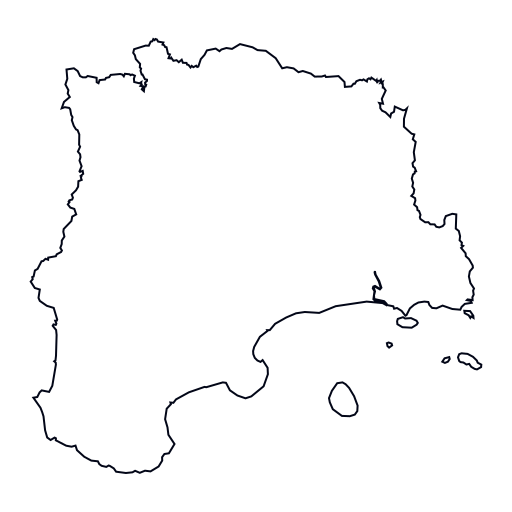 outline of South Santo, Sanma, Vanuatu
{"feature_id": "77236927B84597259035429", "entity_name": "South Santo", "entity_type": "district", "adm_level": 2, "iso_a3": "VUT", "parent_name": "Vanuatu", "parent_adm1": "Sanma", "projection": "natural_earth1", "projection_center": [166.9, -15.558], "detail": "fine", "context": "isolated", "style": "outline", "palette": "ink", "viewbox_px": 512, "rotation_deg": 0, "n_neighbors": 0, "source": "geoboundaries", "source_scale": "gbopen_adm2", "svg_char_len": 5869}
<svg xmlns="http://www.w3.org/2000/svg" viewBox="0 0 512 512"><path d="M456.3,214.4L452.3,213.8L445.8,216.1L444.3,220.0L444.5,224.0L442.7,226.1L439.3,227.4L436.3,226.8L434.6,224.4L430.3,224.3L428.4,222.2L425.2,222.3L420.4,219.0L419.8,217.1L420.5,214.9L419.0,210.9L417.5,210.2L417.1,207.2L414.1,204.6L415.4,200.5L415.1,198.2L411.3,195.9L413.6,193.4L414.3,189.5L412.3,186.5L413.1,182.8L411.8,178.6L413.0,174.4L414.6,173.4L414.8,171.6L416.1,171.3L414.7,167.7L413.1,166.6L412.5,163.2L414.9,160.3L413.8,152.2L415.7,141.9L412.8,139.3L414.3,134.4L411.6,133.7L403.9,126.7L404.0,118.7L406.9,108.4L405.3,109.9L403.0,110.3L394.8,106.6L394.0,111.8L391.1,113.5L390.3,117.0L385.5,112.3L382.1,110.7L380.3,108.2L380.2,104.8L379.2,103.0L383.0,103.7L381.8,98.9L385.7,90.5L383.5,87.4L382.8,87.5L382.8,84.1L382.0,83.7L382.8,81.6L380.6,82.6L381.3,81.1L380.9,79.6L379.9,80.8L377.6,80.8L377.3,83.2L376.7,80.0L376.1,80.9L371.4,77.6L370.5,79.3L369.0,78.3L367.4,79.3L366.9,81.5L363.5,79.4L362.1,80.3L360.0,79.8L356.4,81.2L354.8,83.8L353.5,83.7L351.4,86.4L344.9,86.9L344.5,82.0L338.5,76.1L325.9,77.0L325.0,75.5L321.8,76.5L314.7,76.6L310.9,73.6L302.8,71.0L298.5,72.2L293.6,68.4L286.9,67.2L282.2,68.3L275.7,58.2L265.8,50.8L257.5,50.1L252.6,47.3L240.0,44.1L232.0,48.9L226.4,48.0L221.4,49.5L219.5,51.2L215.7,48.6L206.9,50.4L204.5,54.9L200.8,59.1L198.3,66.6L197.2,67.0L196.2,65.7L193.3,67.2L191.7,65.9L190.5,67.5L188.5,64.9L187.1,64.6L186.5,62.9L182.9,62.8L181.7,59.7L178.8,62.2L176.6,60.2L173.4,60.8L171.2,57.6L170.6,58.5L168.5,58.2L169.9,54.4L168.0,53.8L166.5,47.2L165.1,47.0L164.2,45.2L162.5,44.6L163.4,42.5L158.1,41.6L156.9,39.5L155.5,39.0L154.6,40.1L153.3,39.1L152.3,41.3L150.7,41.6L148.8,45.7L145.6,45.6L134.1,49.2L133.2,52.8L134.9,55.3L135.8,59.1L140.1,63.9L139.8,67.4L141.1,68.6L140.5,70.7L141.7,74.5L142.5,74.5L144.9,79.2L147.0,79.7L147.0,80.9L145.1,82.6L145.2,84.2L146.2,84.7L145.6,86.5L144.4,86.8L143.9,91.2L141.8,89.3L143.4,86.3L140.5,85.9L141.7,84.3L141.0,83.7L141.3,82.1L139.4,83.3L134.2,82.0L133.9,78.6L134.9,75.7L132.1,74.5L130.5,75.2L129.7,74.3L124.9,73.8L123.8,76.3L122.4,74.6L120.2,74.0L110.7,74.9L109.2,77.2L106.0,77.9L105.1,79.5L99.6,80.1L98.5,83.2L96.7,82.2L96.6,77.8L87.7,76.0L85.9,77.3L82.7,77.3L80.1,76.1L77.7,71.1L73.9,68.3L66.5,69.5L67.3,78.8L65.4,84.5L68.4,90.1L67.7,93.6L69.8,97.0L64.0,101.9L61.7,108.3L64.8,107.2L69.1,107.9L70.2,109.3L71.2,114.9L72.5,117.1L71.8,120.2L73.8,125.9L76.0,129.4L77.6,130.2L79.3,134.5L79.1,144.7L80.1,146.7L77.9,151.6L80.1,154.3L80.5,157.2L79.5,160.6L81.6,166.2L79.5,171.3L80.0,171.9L82.7,170.9L83.2,173.8L80.7,175.9L81.4,176.4L80.9,177.7L81.7,179.9L78.4,181.2L78.1,186.7L76.0,190.3L71.7,194.5L72.9,197.7L72.2,199.5L69.4,200.3L68.7,201.5L69.5,202.1L67.8,204.4L70.3,207.6L74.3,208.9L76.2,214.4L72.2,216.6L71.4,221.0L63.7,229.0L63.3,231.8L64.4,236.6L61.8,240.5L61.7,244.1L60.3,247.9L61.9,250.5L61.1,252.0L56.7,254.3L55.9,256.2L48.2,257.6L48.1,259.7L45.5,258.8L43.2,261.0L41.5,261.3L37.6,268.9L34.9,270.5L33.6,276.5L32.2,277.1L32.7,279.2L30.7,281.6L34.8,288.0L39.8,289.5L38.5,297.9L39.8,300.9L46.8,305.8L53.7,307.9L57.2,319.6L56.8,320.6L55.2,320.7L56.4,323.6L55.8,324.9L53.5,324.4L52.7,325.8L56.1,330.0L56.6,335.0L56.0,355.8L55.5,360.3L54.2,361.3L55.7,362.6L55.9,364.6L52.3,385.8L49.1,391.9L41.7,390.4L39.6,392.4L37.3,397.0L33.4,397.7L40.5,407.8L42.2,412.2L43.5,416.3L45.1,430.3L47.2,437.5L50.6,440.0L54.6,437.6L55.9,438.3L55.8,440.3L66.2,445.7L71.6,446.7L75.5,445.6L77.0,450.2L84.3,456.8L91.3,460.6L97.9,461.3L99.3,464.1L101.6,465.8L106.3,466.9L108.7,465.5L110.0,466.0L113.8,468.4L116.1,471.7L125.9,473.0L132.5,472.3L135.1,470.8L139.8,472.8L145.0,470.7L150.5,471.4L158.6,466.5L162.2,460.6L162.1,457.2L164.4,454.0L168.9,453.3L174.5,444.0L168.4,434.8L167.5,427.4L165.1,419.2L166.7,408.7L170.9,404.2L170.4,402.5L173.4,402.8L176.0,399.4L188.9,392.3L204.5,386.9L206.3,387.2L222.8,382.4L226.0,382.8L229.9,390.3L237.4,395.5L245.5,398.3L251.3,396.4L263.6,386.3L267.9,374.2L267.6,367.8L262.6,360.1L260.5,361.9L257.4,360.5L254.8,357.9L253.3,354.2L253.1,351.1L254.2,346.9L259.9,336.8L267.6,330.8L267.2,330.1L269.8,330.1L275.1,323.8L286.2,317.5L296.0,313.3L304.8,312.0L319.2,312.9L335.7,306.2L366.7,301.6L382.7,303.1L386.3,305.1L386.5,304.2L383.9,302.3L375.0,300.7L373.4,299.2L374.5,291.2L372.8,288.4L373.3,286.6L375.0,285.9L379.6,288.7L380.8,287.9L378.8,281.5L375.1,274.5L374.6,272.5L374.9,271.1L375.6,274.6L379.2,281.0L381.4,287.7L379.9,289.4L374.8,286.6L373.6,287.2L375.0,291.4L374.0,295.3L374.3,299.0L384.2,301.2L386.7,303.9L386.9,305.0L393.3,306.3L394.1,308.7L397.0,308.0L401.6,310.9L405.4,315.7L406.5,315.1L409.9,308.4L414.1,304.8L418.4,302.5L424.3,301.6L428.3,302.0L429.4,305.0L432.1,307.9L436.4,308.3L442.6,305.6L452.3,309.0L460.3,309.7L461.6,306.9L464.8,303.9L471.7,302.8L470.9,301.0L466.9,300.1L467.6,299.4L472.6,300.1L472.4,297.2L473.7,294.6L473.1,290.7L474.0,288.5L470.4,283.0L468.9,276.5L469.8,271.4L472.9,267.7L472.7,265.6L469.0,259.1L465.8,256.2L465.6,253.3L461.1,247.9L463.2,245.9L461.5,245.1L461.9,242.6L459.6,240.3L460.1,236.2L458.8,231.0L455.8,228.6L456.3,214.4ZM357.6,405.6L354.1,396.2L349.1,387.9L345.6,384.2L342.5,382.4L337.2,383.2L331.9,390.8L329.0,398.1L329.8,402.3L332.8,409.2L341.9,415.9L349.8,416.2L354.8,414.6L357.3,411.1L357.6,405.6ZM473.0,356.8L467.6,353.9L461.6,353.3L459.2,354.2L458.0,357.3L459.2,361.0L460.5,362.1L463.4,362.5L466.4,364.5L469.2,363.9L471.2,366.8L474.7,368.9L477.0,369.4L481.1,367.1L481.3,364.6L477.7,362.7L476.8,360.5L473.0,356.8ZM405.1,318.5L403.0,317.2L397.8,318.9L397.1,321.2L397.4,324.2L402.4,327.2L411.7,327.7L416.6,324.7L417.8,322.9L416.5,320.7L411.0,318.1L405.1,318.5ZM470.1,311.1L464.3,310.8L464.7,313.2L468.7,315.3L470.3,317.9L471.2,316.4L473.5,317.9L473.3,315.7L470.1,311.1ZM449.2,357.1L444.6,358.3L442.3,361.7L444.9,362.9L447.9,361.7L449.7,359.0L449.2,357.1ZM391.6,343.6L388.6,342.5L386.9,343.2L387.5,346.1L389.1,347.6L392.1,345.4L391.6,343.6Z" fill="none" stroke="#020617" stroke-width="2"/></svg>